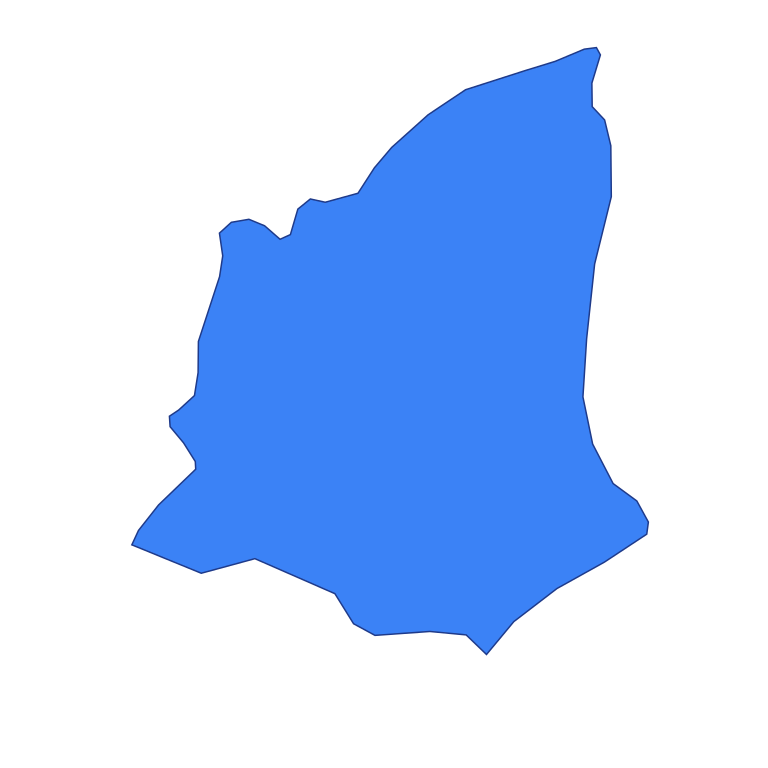 the district of Valentín, Salto, Uruguay, rotated 258°
{"feature_id": "84410073B27014613956982", "entity_name": "Valentín", "entity_type": "district", "adm_level": 2, "iso_a3": "URY", "parent_name": "Uruguay", "parent_adm1": "Salto", "projection": "mercator", "projection_center": [-57.163, -31.313], "detail": "fine", "context": "isolated", "style": "filled", "palette": "blue", "viewbox_px": 768, "rotation_deg": 258, "n_neighbors": 0, "source": "geoboundaries", "source_scale": "gbopen_adm2", "svg_char_len": 865}
<svg xmlns="http://www.w3.org/2000/svg" viewBox="0 0 768 768"><g transform="rotate(258 384 384)"><path d="M98.1,428.0L124.6,461.6L148.0,510.7L164.0,562.7L182.5,609.8L194.0,613.9L217.0,607.0L239.0,587.4L281.9,575.6L330.0,575.9L386.1,591.6L457.6,615.0L520.0,645.3L569.9,655.4L596.4,654.7L612.0,645.3L635.1,649.9L660.9,664.1L668.9,661.7L669.9,649.5L664.0,618.5L661.2,587.1L654.9,525.0L638.2,483.2L613.8,440.7L597.5,419.6L576.0,398.2L574.0,364.3L580.3,350.4L573.0,336.1L549.6,323.5L547.2,312.4L563.6,300.1L573.2,286.1L573.9,268.3L565.8,254.4L542.9,252.9L523.2,245.5L464.2,211.3L433.7,204.5L412.1,196.2L401.2,177.7L397.1,167.4L386.7,165.9L368.1,175.7L347.4,183.3L339.8,182.1L312.6,138.4L291.8,113.4L279.1,103.9L236.9,165.9L240.0,221.4L189.1,292.4L155.8,304.4L140.0,322.9L132.4,377.4L121.5,412.2L98.1,428.0Z" fill="#3b82f6" stroke="#1e3a8a" stroke-width="1.5"/></g></svg>